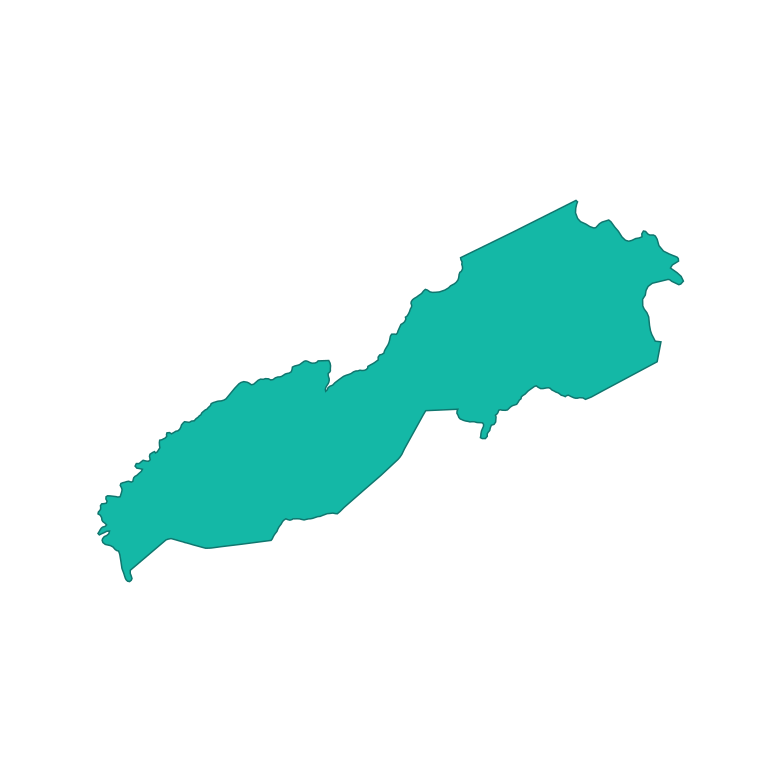 the district of Rodrigues Alves, Acre, Brazil, rotated 161°
{"feature_id": "56859067B4793362369787", "entity_name": "Rodrigues Alves", "entity_type": "district", "adm_level": 2, "iso_a3": "BRA", "parent_name": "Brazil", "parent_adm1": "Acre", "projection": "orthographic", "projection_center": [-73.114, -7.862], "detail": "fine", "context": "isolated", "style": "filled", "palette": "teal", "viewbox_px": 768, "rotation_deg": 161, "n_neighbors": 0, "source": "geoboundaries", "source_scale": "gbopen_adm2", "svg_char_len": 6143}
<svg xmlns="http://www.w3.org/2000/svg" viewBox="0 0 768 768"><g transform="rotate(161 384 384)"><path d="M570.9,278.9L541.7,272.9L540.1,273.9L538.8,275.3L537.2,276.8L535.4,278.1L533.2,279.5L531.5,281.5L529.6,283.2L526.6,285.2L525.4,286.4L523.5,287.7L520.7,288.5L519.3,287.2L517.3,285.9L515.3,285.8L513.7,286.1L512.1,285.5L510.4,285.0L507.8,284.0L506.0,282.8L503.8,281.5L501.4,281.3L499.1,281.0L497.4,280.5L495.2,280.2L490.0,280.2L487.4,279.6L484.5,279.8L482.9,279.8L480.0,279.9L477.2,279.2L474.4,278.6L472.2,277.3L470.4,276.5L467.0,277.8L461.9,280.3L437.4,290.3L416.7,298.6L395.4,308.1L392.8,309.6L390.0,311.7L385.9,315.9L357.2,341.8L353.2,345.2L322.4,336.1L323.7,334.7L324.6,332.6L324.2,330.4L324.1,328.0L323.3,326.1L322.0,325.0L320.9,323.9L318.8,322.4L316.6,321.2L315.1,320.2L313.0,319.7L310.9,318.9L308.6,317.3L306.9,316.6L305.1,315.9L303.5,315.2L303.0,313.4L303.7,311.6L305.4,309.8L307.1,307.9L308.5,305.5L309.3,303.6L310.3,301.9L308.9,300.4L305.9,299.4L303.4,300.9L302.6,303.3L301.0,304.6L299.2,305.6L297.8,307.9L295.9,310.1L293.1,310.0L290.8,311.7L289.7,314.3L288.8,316.3L288.8,318.2L286.5,319.1L285.2,320.3L284.1,321.8L282.4,321.8L280.9,320.8L277.8,319.6L275.7,319.3L273.6,320.3L271.9,321.1L269.5,321.7L265.2,321.6L262.6,323.5L261.3,324.7L259.3,325.4L258.3,327.1L256.5,327.9L253.9,328.5L251.9,329.5L250.4,330.3L248.7,330.9L244.6,332.1L242.6,332.7L240.6,332.7L239.4,330.8L237.3,328.6L235.2,327.9L231.7,327.4L229.7,326.9L228.3,325.9L227.3,323.8L225.4,321.9L224.1,320.4L222.2,318.9L221.0,317.2L220.1,315.7L218.4,314.6L216.7,313.0L215.2,313.6L213.3,313.4L211.3,311.3L208.9,309.1L207.5,308.2L205.6,307.6L203.5,307.4L200.4,306.1L198.5,303.9L192.2,304.2L179.7,306.3L118.5,316.1L108.4,333.7L113.6,336.2L114.7,343.8L114.7,347.5L113.9,352.8L111.9,361.2L112.2,365.8L113.6,370.2L113.9,373.6L111.9,379.9L108.0,383.0L105.8,387.1L102.5,390.3L97.5,391.9L81.4,390.4L79.9,389.6L78.5,387.4L72.9,381.9L70.8,381.9L67.4,383.8L68.0,389.0L70.7,393.9L75.4,400.4L72.6,402.7L65.5,404.3L64.9,406.8L65.5,408.4L72.1,414.2L76.5,418.7L79.0,425.3L78.6,432.0L79.3,435.6L80.7,437.1L84.3,438.4L85.7,439.9L87.0,443.1L88.9,444.2L91.4,442.0L92.1,439.2L95.1,439.0L98.7,439.6L102.8,439.1L106.1,439.3L108.9,441.3L111.1,445.5L112.7,452.2L114.7,457.2L116.6,463.5L118.1,465.9L125.1,466.1L128.1,465.4L132.8,462.9L134.8,463.2L138.1,465.8L141.0,469.4L145.3,473.5L147.0,477.4L147.2,483.5L145.5,487.7L143.3,491.3L141.7,493.2L142.7,495.1L213.0,485.6L270.5,478.5L270.8,476.3L270.4,474.0L271.5,471.8L271.6,469.5L272.3,467.2L274.3,465.3L275.9,464.9L277.4,463.0L278.1,461.5L279.1,459.7L280.3,458.2L282.7,456.6L285.0,455.8L287.0,455.5L289.2,455.1L291.6,453.9L295.8,453.0L298.3,453.0L301.6,453.0L303.2,453.4L304.9,453.8L308.3,454.8L310.5,456.1L312.4,458.7L314.1,460.0L316.3,459.1L318.9,457.4L320.8,456.8L322.7,456.3L324.8,455.6L327.4,455.1L329.5,454.4L331.3,453.1L332.2,451.6L332.2,449.3L333.0,447.7L334.4,446.6L336.5,443.9L338.2,442.2L340.1,440.7L342.0,440.2L342.2,438.2L344.3,436.1L346.6,435.2L348.6,434.8L350.3,433.0L353.5,429.6L354.5,428.1L356.2,427.0L358.2,427.9L360.6,428.6L362.4,427.1L364.5,423.5L365.8,421.6L367.4,419.8L371.4,416.5L372.9,415.0L374.0,413.3L376.3,412.7L378.6,412.9L380.8,411.3L381.6,408.7L385.7,407.4L387.8,406.9L389.8,406.6L393.5,405.9L394.3,404.3L396.2,403.4L398.1,403.3L400.4,403.9L402.3,404.9L404.5,404.9L406.5,405.5L409.0,405.4L411.7,404.6L414.7,404.5L416.7,404.6L419.8,404.4L424.8,402.9L427.5,402.0L429.9,401.2L433.0,399.6L435.9,399.5L438.1,398.7L439.5,397.0L441.5,396.1L441.3,397.9L440.4,399.4L438.7,401.0L436.7,402.5L435.5,403.8L434.6,405.3L434.1,407.0L434.1,408.8L433.9,410.6L433.3,412.2L431.5,412.9L430.4,413.9L429.8,415.8L428.6,418.6L428.2,421.3L428.6,424.2L438.8,427.3L440.5,426.4L442.5,426.3L445.3,427.1L447.1,428.5L448.7,430.2L450.3,431.3L452.0,431.5L454.7,430.7L457.5,429.8L459.1,429.8L462.8,430.1L465.1,429.8L466.2,427.7L467.7,425.8L470.0,425.2L472.2,425.5L474.1,425.6L476.0,425.1L478.5,424.5L480.5,424.7L482.0,425.2L484.8,425.2L487.5,424.3L489.8,424.7L491.5,426.5L494.4,427.7L496.6,427.7L499.2,428.8L501.8,428.5L507.4,426.2L509.7,426.5L511.5,429.0L512.9,430.3L515.8,431.9L518.7,432.0L521.1,431.4L526.5,428.6L538.2,421.4L540.5,420.9L543.4,421.0L545.5,421.6L547.3,421.9L549.2,421.9L551.3,422.0L553.8,421.7L555.1,420.1L556.8,419.4L558.4,418.6L559.7,417.8L561.4,417.7L563.6,416.9L565.7,416.0L567.3,414.4L568.9,414.1L570.6,413.1L573.0,412.4L575.4,411.0L578.1,411.6L580.6,411.1L584.9,413.3L586.5,412.6L588.8,411.2L590.1,409.4L591.8,407.8L594.1,406.8L596.2,407.1L598.3,406.6L601.2,406.1L602.6,407.9L605.1,408.5L606.1,407.1L606.5,405.2L608.6,404.1L610.5,403.9L612.2,403.6L614.4,403.9L615.5,401.7L616.3,398.9L616.7,396.6L618.7,395.1L620.5,393.6L622.5,393.2L623.0,394.8L625.0,394.6L628.1,393.8L629.3,392.0L629.7,388.5L631.8,387.6L634.0,388.6L636.6,390.3L638.9,389.5L641.4,388.5L644.1,389.4L646.1,387.4L645.1,384.9L642.7,383.6L640.2,382.0L641.9,380.4L644.4,379.4L647.4,378.1L649.6,377.7L651.2,376.8L652.1,375.5L653.1,373.8L654.9,373.5L657.1,375.2L659.0,375.5L660.9,375.5L663.0,375.7L665.2,375.6L666.4,374.0L666.0,371.4L666.1,369.2L667.4,367.1L668.8,365.2L670.2,363.3L672.6,363.8L673.9,364.7L677.8,366.6L679.5,367.4L681.8,368.3L683.5,367.9L684.4,365.8L684.0,363.3L685.4,361.7L687.9,362.1L689.9,362.6L691.7,361.3L692.1,359.5L692.8,357.8L694.2,356.8L695.8,355.9L696.7,354.3L695.0,352.3L694.5,349.5L695.0,347.2L694.7,345.5L693.3,343.4L692.2,341.1L693.8,340.2L696.7,340.3L698.3,339.7L700.0,338.4L701.2,337.3L703.1,335.8L702.3,334.0L699.4,334.4L697.6,334.5L694.0,335.0L691.4,334.3L693.0,332.0L695.6,331.0L698.2,330.8L700.4,329.4L701.4,328.0L701.4,325.6L699.8,323.1L697.1,321.4L695.3,320.3L693.3,318.1L692.0,314.9L690.8,313.4L689.4,312.5L689.3,310.5L689.4,308.5L690.5,302.0L690.9,299.9L691.8,295.1L691.8,293.4L691.7,290.5L691.7,288.9L691.8,286.7L691.8,284.3L691.5,282.7L690.6,281.0L688.9,280.0L686.9,280.7L685.6,282.1L685.5,284.8L685.6,287.5L684.6,290.4L682.2,291.4L640.8,307.6L638.7,307.6L635.7,307.2L634.2,306.2L631.4,304.3L629.6,303.0L627.0,301.2L625.2,300.0L623.9,298.9L622.5,298.1L621.2,297.2L619.2,295.8L616.6,293.9L614.2,292.3L608.8,288.6L606.1,286.8L602.6,285.7L600.4,285.1L590.9,283.2L570.9,278.9Z" fill="#14b8a6" stroke="#0f766e" stroke-width="1.5"/></g></svg>